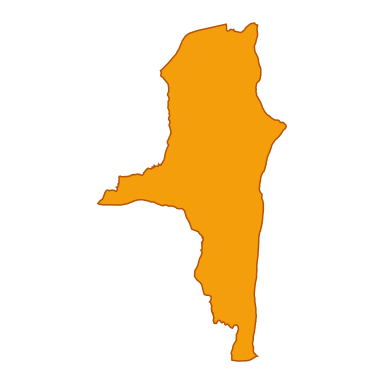 outline of Xayabury, Xaignabouri, Laos
{"feature_id": "54806243B33263536107657", "entity_name": "Xayabury", "entity_type": "district", "adm_level": 2, "iso_a3": "LAO", "parent_name": "Laos", "parent_adm1": "Xaignabouri", "projection": "equal_earth", "projection_center": [101.662, 19.251], "detail": "fine", "context": "isolated", "style": "filled", "palette": "amber", "viewbox_px": 384, "rotation_deg": 0, "n_neighbors": 0, "source": "geoboundaries", "source_scale": "gbopen_adm2", "svg_char_len": 6025}
<svg xmlns="http://www.w3.org/2000/svg" viewBox="0 0 384 384"><path d="M226.1,24.2L197.1,30.7L189.6,33.2L187.3,34.5L185.0,36.7L182.5,40.5L178.8,49.3L177.1,51.9L176.7,53.0L175.4,54.9L172.5,58.1L168.3,63.1L162.4,69.1L160.5,70.6L161.2,72.4L161.2,73.3L160.8,75.3L160.9,76.0L163.5,78.0L163.8,78.7L167.9,83.7L168.2,84.7L168.7,87.9L168.7,91.4L167.5,94.5L167.8,95.6L168.3,96.0L168.8,97.4L169.2,99.7L169.0,100.1L168.4,100.7L168.1,102.3L168.2,105.3L167.9,107.7L169.3,111.3L169.3,112.7L169.0,113.9L169.5,114.8L169.6,115.4L169.6,116.3L169.0,117.0L168.8,117.7L168.6,119.1L168.7,119.8L169.7,120.6L169.9,121.7L169.7,123.6L169.1,124.6L169.1,125.0L169.4,126.4L170.0,127.2L170.3,129.6L171.0,131.4L170.7,134.2L169.0,137.8L168.5,139.5L167.7,140.6L167.4,141.7L167.4,142.8L168.1,144.4L168.6,144.9L168.6,145.2L167.0,148.3L166.1,150.7L165.4,153.2L164.3,158.8L163.8,160.5L162.8,161.7L162.3,163.2L161.4,163.7L161.2,165.1L161.0,165.3L160.0,164.8L159.1,165.3L158.5,164.2L158.4,164.5L158.2,166.2L157.1,166.2L156.6,166.3L155.5,166.2L155.0,166.7L154.7,166.5L154.3,165.3L154.1,165.3L154.1,166.6L153.5,167.8L153.2,167.8L152.7,167.0L152.0,167.2L152.0,167.3L152.1,168.1L151.4,168.9L151.1,169.0L148.2,168.3L147.5,168.4L147.1,168.8L147.0,169.6L146.8,169.8L146.1,169.9L145.6,170.2L145.3,171.1L143.7,172.7L143.5,173.2L143.6,173.9L143.4,174.3L141.7,175.4L140.4,174.9L139.9,174.3L138.8,174.5L138.3,174.2L137.1,174.1L135.5,174.7L135.2,174.5L134.1,174.4L133.6,174.9L132.7,174.7L132.1,175.0L131.1,175.2L130.3,176.0L128.5,176.2L127.0,176.6L125.3,176.5L123.0,176.9L120.9,176.5L120.6,176.2L120.0,176.4L119.2,176.4L119.0,177.3L119.2,178.8L119.2,179.7L118.9,180.5L119.0,182.9L118.3,183.5L118.8,184.1L118.6,184.4L118.1,184.5L118.3,185.3L118.1,186.4L117.8,186.8L116.5,187.2L117.3,187.8L117.4,188.4L116.8,190.8L116.4,191.3L115.9,191.3L114.2,190.5L112.1,190.0L109.6,190.7L107.4,190.1L106.6,190.3L106.1,190.8L105.1,192.4L104.5,193.9L102.9,198.6L102.2,199.3L100.0,200.8L97.9,203.5L98.5,204.0L99.7,204.3L103.5,204.9L105.7,204.8L120.1,205.0L122.5,204.7L127.6,203.6L132.5,201.7L134.6,200.8L137.4,200.0L140.9,199.7L142.7,199.8L148.2,200.9L149.5,201.3L150.6,201.9L153.5,201.9L156.2,203.3L161.2,205.3L162.8,205.7L165.8,204.9L167.2,205.3L168.1,206.0L169.0,206.2L171.6,205.9L175.0,206.9L177.2,208.5L179.0,208.8L180.4,208.6L182.4,208.7L184.5,210.8L186.4,217.3L187.9,219.8L189.9,223.8L191.3,228.1L192.0,229.3L198.3,231.7L199.0,233.0L200.2,234.5L202.0,235.9L202.1,236.5L202.4,236.9L202.1,237.4L202.2,237.7L203.1,237.4L203.2,237.7L203.0,239.0L203.3,240.2L202.8,240.5L202.5,241.3L202.2,241.6L202.4,242.8L201.7,242.8L202.1,244.6L201.9,244.8L201.8,245.2L201.9,245.4L201.8,245.7L202.1,246.5L202.0,247.4L202.2,248.1L202.0,248.9L201.7,249.5L200.9,250.0L201.4,250.6L201.4,251.1L201.9,251.2L201.9,253.8L201.2,255.0L201.3,255.4L199.5,258.8L197.9,265.1L196.3,268.4L194.8,270.8L194.5,276.3L197.1,280.1L200.0,282.3L201.8,284.9L202.7,288.9L204.3,294.5L206.9,295.3L208.6,295.2L211.2,296.5L211.0,299.7L210.4,300.9L209.6,301.6L209.6,302.0L210.2,302.0L210.9,303.3L211.1,304.4L211.9,306.4L211.6,306.7L211.4,308.7L211.5,309.4L211.9,310.1L211.6,311.5L211.7,311.8L212.0,312.1L212.9,312.6L212.9,313.0L212.6,313.7L213.2,313.8L213.4,314.2L213.2,314.4L213.2,314.9L213.3,315.4L213.7,316.1L213.6,316.6L213.8,318.1L213.2,320.4L213.5,320.8L213.8,322.3L214.3,323.3L215.1,323.0L215.6,323.5L216.5,323.4L217.1,322.0L218.1,320.6L219.4,320.5L219.5,320.3L220.2,320.7L220.8,322.0L221.5,322.7L222.1,322.8L223.0,321.8L223.8,322.2L224.7,323.2L224.9,324.3L225.5,324.9L227.7,324.1L229.6,326.3L231.0,327.7L232.5,328.2L234.1,325.4L236.6,324.9L238.0,326.4L238.4,329.4L237.3,332.7L236.3,334.7L236.4,336.2L236.2,340.6L234.4,343.3L233.3,345.4L232.5,349.3L231.5,351.7L231.2,353.4L231.8,354.9L231.8,359.1L232.0,360.2L237.8,361.0L246.0,360.8L248.9,360.3L250.2,359.9L252.7,358.6L255.6,356.6L257.3,356.1L256.1,355.3L255.2,353.9L254.3,353.4L253.4,351.8L253.3,351.1L253.5,348.8L253.4,346.7L252.6,345.1L252.6,342.4L253.1,340.4L253.3,339.3L253.3,336.9L253.6,335.1L253.5,334.7L254.4,332.2L254.6,329.5L254.8,328.8L255.0,327.4L254.9,325.8L255.2,325.3L255.4,324.3L255.4,323.6L255.6,322.2L255.4,321.7L255.5,321.2L255.8,321.2L255.7,320.9L256.2,317.0L256.2,314.8L255.8,312.2L255.9,309.1L255.5,305.7L255.3,305.1L255.0,302.4L254.8,301.9L254.8,298.0L254.2,295.1L254.8,287.2L255.4,282.8L256.6,277.2L256.5,274.5L256.9,270.2L256.7,267.1L256.8,265.2L257.2,261.2L258.0,255.2L258.1,252.5L258.6,245.2L258.8,237.5L259.6,232.7L259.8,232.0L260.2,231.5L261.9,224.2L262.5,219.8L262.9,214.0L263.3,211.4L263.4,207.9L263.3,207.1L263.4,203.8L262.7,200.5L261.8,198.3L261.7,197.4L262.0,195.3L262.0,194.4L260.5,192.6L259.7,190.8L259.3,189.4L259.1,187.7L259.8,186.5L259.5,185.1L259.6,184.5L260.4,181.3L260.5,178.9L261.2,176.1L262.5,172.9L262.6,172.5L263.6,171.8L264.3,170.4L265.2,167.5L265.6,165.6L266.1,164.3L266.1,162.7L266.3,161.7L267.0,159.8L267.0,158.1L268.9,153.4L269.4,152.7L269.7,151.2L270.0,151.0L270.4,150.2L270.4,149.5L271.2,147.7L271.7,145.3L272.4,144.1L275.2,140.0L276.2,139.0L277.5,138.0L277.8,137.5L278.1,137.4L279.6,135.7L281.0,133.9L283.4,130.0L285.2,128.7L285.6,128.1L286.0,127.1L286.1,125.9L285.7,124.8L283.5,122.6L282.1,122.3L281.2,122.7L280.8,122.6L280.0,122.0L279.2,120.8L278.3,120.2L274.4,119.9L271.1,117.7L269.2,115.8L268.7,115.8L267.1,114.6L264.4,111.3L263.3,109.0L262.6,108.0L262.1,106.3L260.7,102.7L257.6,97.1L256.5,95.4L256.5,93.6L255.9,91.6L256.2,89.3L255.9,87.9L256.2,85.4L256.6,83.8L257.4,82.3L258.7,81.3L259.5,80.3L260.2,78.4L260.5,75.8L260.8,75.6L260.8,75.2L260.7,74.6L260.8,69.0L260.5,67.9L260.5,67.2L260.1,66.6L259.5,66.2L259.1,65.2L259.1,64.9L259.3,64.7L258.7,62.5L258.3,59.5L257.8,57.5L255.5,52.6L255.0,52.1L254.4,47.1L254.4,46.4L254.7,45.0L255.8,42.3L256.8,37.8L257.4,36.2L257.6,34.1L257.1,30.0L257.0,28.6L257.2,26.5L257.7,25.2L255.3,24.3L254.6,23.0L253.4,23.3L251.8,23.4L250.9,23.6L249.6,24.5L246.0,27.5L244.1,30.4L243.6,30.5L241.3,32.5L239.4,32.3L235.3,31.3L234.4,31.3L233.7,29.4L232.7,29.9L231.1,29.4L230.0,29.5L229.4,30.4L228.5,31.0L227.2,30.9L226.5,29.4L226.6,27.1L226.1,24.2Z" fill="#f59e0b" stroke="#b45309" stroke-width="1.5"/></svg>